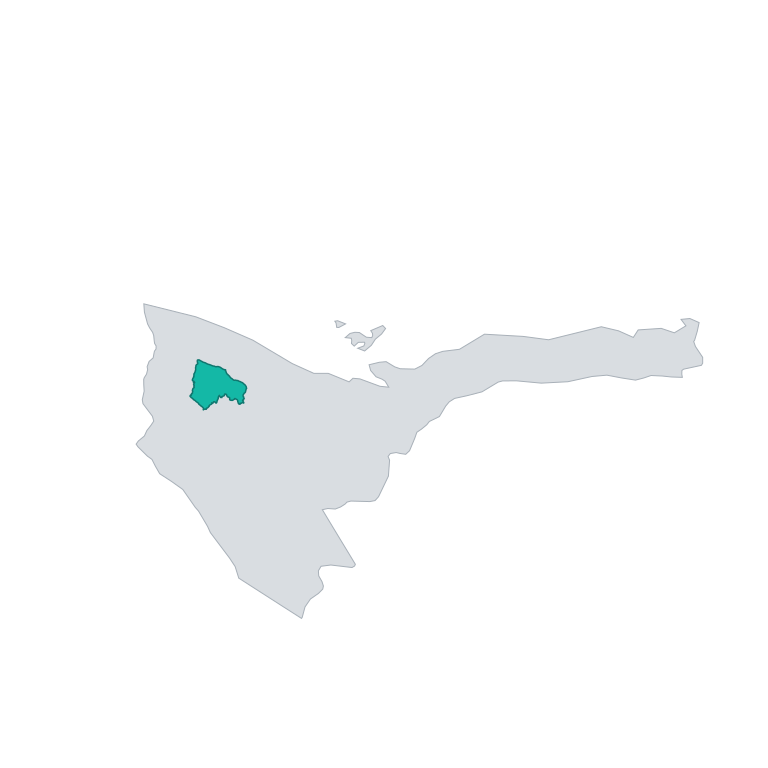 location of Nakfa, Semenawi Keyih Bahri, Eritrea, rotated 308°
{"feature_id": "51966322B11242853993597", "entity_name": "Nakfa", "entity_type": "district", "adm_level": 2, "iso_a3": "ERI", "parent_name": "Eritrea", "parent_adm1": "Semenawi Keyih Bahri", "projection": "natural_earth1", "projection_center": [38.262, 16.728], "detail": "fine", "context": "in_parent", "style": "filled", "palette": "teal", "viewbox_px": 768, "rotation_deg": 308, "n_neighbors": 0, "source": "geoboundaries", "source_scale": "gbopen_adm2", "svg_char_len": 7807}
<svg xmlns="http://www.w3.org/2000/svg" viewBox="0 0 768 768"><g transform="rotate(308 384 384)"><path d="M148.5,463.3L146.2,438.9L144.7,422.6L143.1,405.4L141.6,389.1L148.5,379.1L151.7,369.6L160.0,338.7L163.2,332.6L169.7,316.0L170.6,311.2L177.0,290.4L176.4,276.5L175.2,262.5L178.6,254.2L181.7,247.6L181.5,242.0L183.0,228.9L184.0,225.7L187.8,225.5L195.5,227.2L201.3,225.8L207.9,225.8L213.0,225.4L216.0,221.4L220.1,206.2L222.8,203.2L224.9,202.2L230.7,199.4L235.7,195.0L239.7,191.8L241.3,191.2L245.5,190.8L249.8,188.9L251.8,186.7L257.2,185.0L262.5,186.0L266.1,184.1L268.5,182.9L271.2,182.8L273.7,181.0L274.7,178.3L276.3,176.6L280.4,172.7L282.3,169.8L283.2,166.9L284.0,164.6L285.8,160.7L293.1,151.0L299.3,145.4L321.1,194.4L330.0,223.4L337.8,253.7L343.6,299.1L349.2,322.2L358.1,333.6L364.2,355.2L369.4,356.0L373.2,361.9L379.7,382.2L384.4,389.7L386.9,383.2L386.6,379.5L384.8,373.3L386.4,365.2L390.0,360.4L398.3,367.0L402.9,371.9L404.1,381.9L406.0,387.4L414.7,399.1L422.0,402.5L431.5,403.4L439.5,405.9L445.9,410.2L457.8,422.1L485.1,432.5L507.2,464.4L520.2,486.5L562.9,520.0L570.3,536.1L574.2,551.8L583.1,551.0L598.5,568.2L603.1,581.3L615.7,586.1L617.8,578.3L623.9,584.7L626.4,594.5L618.4,598.4L609.5,601.9L608.2,601.8L605.3,606.3L601.2,618.7L596.6,622.3L594.1,622.6L580.2,611.0L578.1,610.4L575.1,612.6L572.9,615.0L566.5,606.2L561.7,598.5L555.1,589.2L548.7,585.0L541.9,579.8L535.1,567.6L528.2,554.2L518.0,543.3L499.0,527.5L481.5,507.4L468.1,486.5L459.5,475.6L455.8,472.8L438.1,466.0L425.6,456.4L416.1,448.5L410.2,446.4L404.6,446.2L392.5,447.7L382.4,442.8L378.2,442.8L371.5,441.3L366.2,439.6L360.0,441.7L347.2,445.2L342.0,444.4L339.2,439.5L337.5,435.8L333.1,431.8L329.4,431.8L327.4,435.3L314.1,444.2L291.8,449.1L286.6,448.7L282.6,445.2L271.4,430.0L268.1,427.5L265.6,427.3L260.4,425.5L255.5,422.6L251.3,416.4L247.0,412.8L242.3,425.0L234.2,446.3L229.9,457.7L224.3,472.4L222.5,472.9L219.7,471.8L208.6,453.5L201.6,446.6L196.4,447.3L192.6,450.7L190.1,456.8L187.5,460.6L184.7,462.0L178.7,461.3L169.3,458.4L159.7,459.0L149.8,463.2L148.5,463.3ZM410.0,341.3L413.0,345.8L415.1,345.3L416.8,343.8L417.9,340.7L429.3,347.0L428.7,351.1L421.9,351.3L414.0,349.6L406.7,350.2L398.1,348.4L396.0,341.3L401.6,344.7L404.4,343.8L404.9,342.9L401.0,338.1L395.5,337.2L395.9,333.4L398.3,331.9L399.9,330.1L396.7,324.9L402.9,326.1L406.8,329.2L409.4,332.9L410.0,341.3ZM405.3,308.5L407.7,316.7L400.7,313.6L399.5,311.9L402.6,308.6L403.2,306.6L405.3,308.5Z" fill="#d9dde1" stroke="#a8b0b8" stroke-width="1"/><path d="M254.7,245.2L254.6,246.0L254.5,246.7L254.5,247.3L254.6,248.3L254.6,248.9L254.6,249.3L254.5,249.7L254.5,250.0L254.2,250.3L254.1,250.7L254.1,252.9L254.0,253.0L254.0,253.5L254.1,254.4L254.0,255.6L253.9,256.1L253.9,256.3L253.7,256.6L253.3,257.0L252.9,257.3L252.6,257.3L252.5,257.5L252.9,257.7L253.2,257.7L253.6,258.0L254.0,258.5L254.3,258.9L254.4,259.2L254.6,259.4L254.7,259.5L254.8,259.5L255.2,259.3L255.4,259.1L256.1,259.3L256.2,259.5L256.6,259.6L257.1,259.8L257.5,259.8L258.0,259.9L258.4,259.8L258.6,259.7L258.8,259.9L259.1,259.7L259.7,259.6L260.1,259.7L260.5,259.8L261.3,260.2L262.1,260.5L262.4,260.5L262.9,260.1L263.0,260.0L263.4,260.7L263.5,260.9L264.0,260.9L264.4,260.7L264.8,260.7L265.2,260.8L265.3,260.9L265.7,261.5L265.7,261.8L265.6,262.0L265.8,262.5L265.7,262.7L265.5,263.0L265.7,263.5L265.9,263.6L266.1,263.6L266.7,263.5L267.4,263.2L267.6,263.0L267.9,262.8L268.5,262.8L269.0,262.6L269.4,262.4L269.9,262.5L270.4,262.4L270.7,262.1L271.2,261.8L271.5,261.6L271.8,261.5L272.0,261.4L272.6,261.3L272.8,261.3L273.4,261.3L273.5,261.3L273.4,261.8L273.3,262.2L273.2,262.5L272.9,263.0L272.8,263.4L272.9,263.7L273.0,263.9L273.3,264.2L273.5,264.4L273.6,264.2L273.8,264.0L274.2,264.0L275.2,264.6L275.7,264.9L275.9,265.0L276.1,265.2L276.7,265.3L277.1,265.2L277.4,264.8L277.7,264.7L277.9,264.7L278.2,264.9L278.5,265.3L278.7,265.9L278.7,266.1L278.6,266.6L278.2,267.1L277.9,267.6L277.7,268.2L277.6,268.8L277.7,269.0L277.9,269.5L278.1,270.1L278.1,270.7L278.0,271.0L277.4,271.3L277.2,271.7L276.9,271.8L276.7,272.0L276.6,272.3L276.6,272.5L276.8,273.1L276.9,273.4L277.2,273.7L277.5,274.3L277.9,274.7L278.1,274.8L278.4,274.9L278.7,275.0L279.3,275.2L279.7,275.3L279.9,275.5L280.1,275.6L280.5,275.4L280.8,275.5L280.9,276.3L281.0,276.5L281.0,276.8L281.2,277.5L281.2,278.1L281.0,278.6L280.7,279.1L280.3,279.4L280.1,279.6L279.9,280.1L279.7,280.3L279.4,280.6L279.0,281.4L278.9,281.8L279.0,282.2L279.2,282.7L279.4,282.9L279.6,283.0L279.9,282.7L280.2,282.6L280.3,282.7L280.6,283.2L280.7,283.3L281.0,283.4L282.0,283.8L282.3,284.2L282.5,284.6L282.6,285.1L282.8,285.1L283.2,284.7L283.2,284.2L283.3,283.9L283.5,283.6L283.8,283.5L283.9,283.4L284.0,283.3L283.9,283.0L283.9,282.8L284.0,282.7L284.3,282.6L284.5,282.8L284.8,282.8L285.1,283.0L285.4,282.8L285.7,282.6L285.9,282.6L286.1,282.8L286.3,282.8L286.3,282.6L286.6,282.2L287.3,281.6L287.2,281.4L287.2,281.2L287.3,281.0L287.5,280.7L288.2,280.0L288.5,279.8L288.7,279.7L289.5,279.7L289.8,279.6L290.0,279.6L290.4,279.6L290.8,279.5L291.0,279.6L291.5,279.8L291.8,279.8L292.6,279.7L293.0,279.4L294.2,278.9L294.5,278.7L295.0,278.6L295.3,278.4L295.6,278.4L296.0,278.4L296.5,277.7L297.1,277.0L297.5,275.9L297.7,275.2L297.8,274.5L297.8,274.2L297.7,273.8L297.8,273.2L297.9,272.0L297.9,271.8L297.8,271.2L297.6,270.8L297.4,269.4L297.3,269.1L297.1,268.4L296.9,267.9L296.8,267.6L296.8,267.1L296.8,266.8L296.7,266.6L296.4,266.3L296.2,265.8L296.1,265.7L295.9,265.4L295.7,264.8L295.6,264.6L295.3,264.2L295.1,264.0L294.9,263.9L294.6,263.4L294.5,263.1L294.5,262.8L294.6,261.0L294.5,260.1L294.5,259.1L294.7,258.4L295.1,257.3L295.1,257.2L295.0,256.9L295.1,256.4L295.2,255.9L295.2,255.2L295.3,255.0L295.3,254.2L295.5,253.5L296.0,252.6L296.8,251.3L297.0,250.8L297.2,250.7L297.5,250.6L297.6,250.4L297.5,250.1L297.4,250.0L297.2,249.7L297.1,249.4L296.9,249.0L296.7,248.3L296.5,247.4L296.4,244.8L296.2,244.2L296.0,243.5L295.8,242.9L295.6,242.5L295.2,242.0L295.0,241.8L294.8,241.6L294.4,241.2L294.1,240.9L293.9,240.5L293.8,240.3L293.7,239.5L293.4,239.0L293.1,238.5L292.7,237.5L292.3,235.9L291.8,234.4L291.7,234.1L291.6,233.8L291.4,233.6L291.2,233.1L291.1,232.6L290.9,231.7L290.7,230.3L290.0,228.4L289.8,227.9L289.7,227.4L289.7,226.8L289.3,224.8L289.3,224.1L289.1,223.4L288.6,222.8L288.5,222.6L288.2,222.4L287.9,222.3L287.6,222.5L287.3,222.6L287.2,222.7L286.9,222.9L286.7,223.2L286.3,223.5L286.2,223.6L286.0,224.2L285.7,224.5L285.2,224.7L285.0,224.8L284.9,224.8L284.7,224.6L284.2,224.4L283.8,224.3L283.6,224.4L283.0,224.4L282.5,224.6L282.3,224.8L281.8,225.1L281.2,225.3L280.8,225.5L280.7,225.6L279.2,226.9L278.2,227.2L278.0,227.4L277.6,227.5L277.3,227.7L277.0,227.7L276.5,227.8L276.1,227.9L275.6,228.1L275.1,228.0L274.9,228.2L274.6,228.2L274.3,228.6L273.9,228.9L273.3,229.1L273.1,229.2L272.9,229.3L272.7,229.4L272.7,229.7L272.4,229.8L272.0,229.8L271.9,229.8L271.7,229.9L271.3,229.9L270.9,229.9L270.4,230.1L270.1,230.1L269.6,230.3L269.2,230.5L268.9,230.8L268.8,231.2L268.9,231.6L268.9,231.9L268.8,232.3L269.0,232.5L268.9,232.9L268.8,233.6L268.7,233.7L268.6,233.8L268.5,233.7L268.2,233.3L268.1,233.0L268.0,232.9L267.9,233.0L267.8,233.4L267.7,233.4L267.7,233.6L267.3,234.1L267.1,234.2L266.9,234.2L266.2,234.4L266.1,234.7L266.2,234.9L266.1,235.1L265.9,235.1L265.8,235.3L265.7,235.5L265.3,235.5L265.1,235.6L264.9,236.0L264.5,236.5L263.9,236.4L263.8,236.5L263.4,236.3L262.9,236.4L262.6,236.3L262.4,236.4L262.3,236.5L262.1,236.5L261.9,236.6L261.5,236.7L261.3,236.8L261.0,236.9L260.5,237.8L260.3,237.9L260.0,238.0L259.7,238.0L259.2,238.4L259.0,238.6L258.8,238.7L258.7,238.7L258.3,238.5L258.1,238.4L257.9,238.4L257.7,238.4L257.6,238.6L256.8,238.9L256.8,238.7L256.7,238.5L256.2,238.6L255.8,238.6L255.6,238.4L255.3,238.5L255.1,238.7L254.9,238.8L254.8,239.6L254.6,240.5L254.7,241.0L254.7,241.6L254.6,242.4L254.6,242.7L254.6,243.1L254.5,243.4L254.4,243.6L254.6,244.6L254.6,244.9L254.7,245.2Z" fill="#14b8a6" stroke="#0f766e" stroke-width="1.5"/></g></svg>